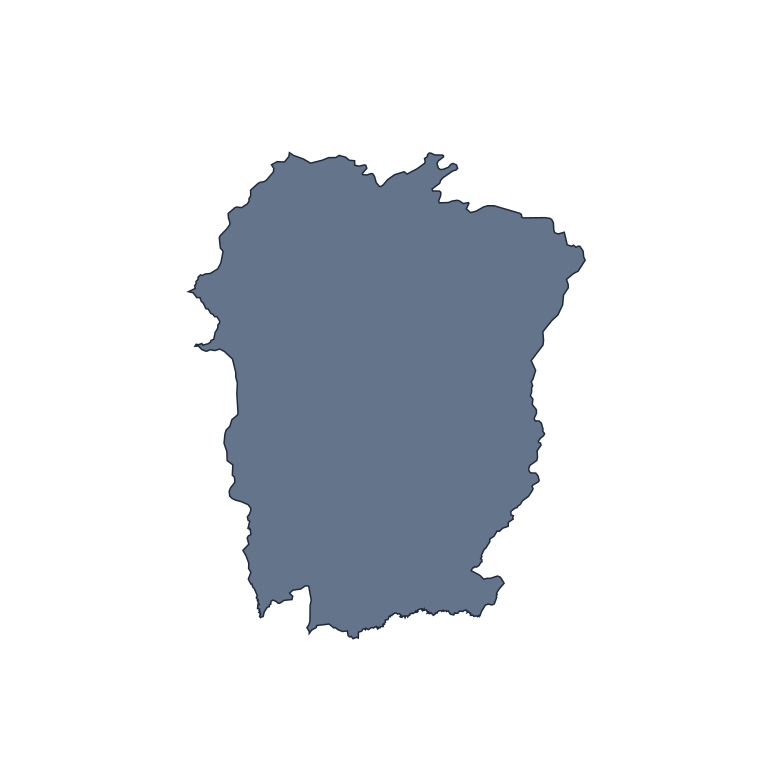 Tha Takiap, Chachoengsao, Thailand, rotated 233°
{"feature_id": "78962969B88145432659836", "entity_name": "Tha Takiap", "entity_type": "district", "adm_level": 2, "iso_a3": "THA", "parent_name": "Thailand", "parent_adm1": "Chachoengsao", "projection": "natural_earth1", "projection_center": [101.63, 13.389], "detail": "fine", "context": "isolated", "style": "filled", "palette": "slate", "viewbox_px": 768, "rotation_deg": 233, "n_neighbors": 0, "source": "geoboundaries", "source_scale": "gbopen_adm2", "svg_char_len": 6171}
<svg xmlns="http://www.w3.org/2000/svg" viewBox="0 0 768 768"><g transform="rotate(233 384 384)"><path d="M361.8,619.2L365.0,619.8L370.4,623.0L376.1,623.3L377.3,621.9L377.7,619.5L380.7,619.0L381.2,616.6L384.9,614.1L396.7,619.3L399.0,613.4L402.1,611.4L404.5,612.1L410.8,616.3L414.3,616.9L416.3,616.3L420.1,612.5L432.8,595.2L434.6,594.5L436.7,595.8L438.4,595.3L460.0,579.3L464.0,574.0L465.5,570.0L466.6,561.6L468.8,556.3L474.3,555.1L477.1,560.5L478.0,560.6L480.5,555.9L484.9,554.4L486.7,553.0L489.2,548.3L490.1,544.8L495.3,537.3L497.2,537.7L500.3,542.6L502.8,544.7L504.7,544.4L508.8,539.1L510.8,539.7L510.8,549.3L512.5,551.7L513.2,555.2L512.8,566.9L511.5,570.5L511.9,572.6L515.3,573.7L518.6,571.9L519.2,569.8L518.3,565.9L519.9,560.3L521.4,558.1L523.4,557.4L528.1,558.8L529.5,561.7L529.5,568.1L530.4,568.9L531.5,568.6L536.5,562.3L540.2,560.4L541.3,559.0L540.9,556.7L539.5,555.5L539.7,552.0L536.8,550.8L535.8,549.2L536.0,539.7L537.8,528.8L541.4,527.8L544.8,518.3L545.0,509.9L543.5,503.1L543.6,500.4L544.8,499.2L549.6,499.0L555.4,501.3L558.7,501.5L559.8,500.4L561.4,495.8L564.2,493.0L565.2,493.5L566.6,500.1L569.6,501.1L570.8,500.2L572.9,495.3L576.3,492.3L580.0,494.9L583.6,490.9L588.1,489.9L593.6,485.7L593.8,481.9L598.1,476.0L600.0,469.0L604.6,458.2L612.3,455.0L621.0,449.3L625.7,447.7L622.9,444.9L621.2,438.1L625.9,432.4L626.8,426.0L622.6,425.8L619.9,423.2L617.5,412.5L617.9,409.7L619.6,406.5L620.0,404.1L619.1,394.1L614.4,390.7L613.3,387.7L611.3,386.3L610.1,383.3L610.5,376.5L614.0,372.8L614.5,371.2L614.0,362.2L610.3,359.7L605.4,358.0L603.9,356.3L602.4,351.3L601.1,342.6L600.0,340.5L591.0,335.1L587.4,335.4L586.2,334.7L578.9,326.6L576.0,320.6L576.8,311.9L579.5,307.3L580.0,304.3L581.6,303.1L581.1,299.7L579.4,298.4L579.1,295.7L577.2,294.3L576.4,291.8L573.9,290.8L575.4,283.4L571.7,286.5L565.7,286.5L563.7,289.0L559.9,287.8L557.0,288.3L551.5,287.1L549.5,288.7L544.8,288.1L542.6,289.3L539.6,289.3L538.3,291.1L533.3,290.6L531.6,289.4L531.3,287.1L528.8,285.0L526.6,279.9L522.2,275.0L522.9,272.0L521.9,270.6L522.0,267.8L524.1,262.7L526.0,262.9L526.9,259.8L528.8,257.8L527.9,255.7L526.1,258.6L521.2,259.2L517.9,261.1L516.7,262.5L516.1,265.6L512.4,269.2L510.7,273.9L506.1,276.1L495.1,278.0L482.3,272.5L478.4,269.6L473.2,267.6L464.8,260.6L448.3,249.7L447.4,248.0L447.1,241.1L442.9,235.3L442.3,230.3L439.9,227.0L433.0,220.6L424.5,217.8L417.2,212.6L410.4,214.6L402.5,208.0L399.6,208.5L395.2,205.6L393.4,198.9L391.5,195.8L387.3,193.3L384.0,193.8L380.8,195.4L376.1,199.1L369.4,202.9L365.0,202.8L363.3,201.7L361.1,198.3L360.1,194.9L357.1,193.5L355.1,194.1L350.7,188.6L350.2,189.5L349.0,188.9L348.6,189.8L343.8,187.0L344.3,184.3L343.4,182.1L337.4,179.6L336.1,171.2L329.8,170.4L322.3,168.2L318.1,164.8L313.8,164.4L309.8,158.2L304.3,157.3L303.8,158.2L301.2,157.0L298.8,157.3L291.4,155.5L290.0,153.3L287.2,153.6L287.5,152.7L283.2,151.6L284.0,150.8L281.0,148.1L281.3,147.5L279.3,149.0L278.5,148.0L277.4,148.3L277.0,146.6L275.4,147.5L275.0,146.4L274.1,146.6L273.4,144.8L271.8,144.7L271.1,147.6L274.0,151.1L276.0,156.5L275.2,158.4L276.6,159.4L276.4,161.2L278.4,162.8L278.4,164.1L278.3,165.3L275.0,167.1L272.8,167.4L271.7,168.6L271.3,174.1L267.2,180.8L269.5,183.4L273.8,182.7L274.2,187.1L270.4,194.1L270.1,199.7L268.4,201.9L267.4,202.0L255.0,195.7L251.7,191.8L239.0,182.0L236.8,178.9L235.8,175.8L231.5,175.4L229.8,174.2L231.0,178.1L230.3,183.3L231.6,185.0L225.3,195.7L219.4,197.1L218.9,198.5L215.4,199.4L211.3,201.9L208.9,206.1L204.8,204.0L202.8,204.2L202.1,205.9L199.2,206.0L198.2,209.7L196.6,210.6L201.2,214.3L200.0,217.3L200.9,219.6L200.5,220.8L198.9,221.3L199.9,222.5L197.2,223.7L197.1,226.7L196.6,228.0L195.4,228.7L195.5,230.8L194.8,231.2L194.8,232.1L192.2,231.4L192.2,232.9L193.0,232.4L192.9,233.2L191.7,234.2L192.2,235.2L190.8,237.5L191.8,237.9L191.9,239.3L192.7,238.8L192.7,241.6L194.7,242.9L193.5,245.3L195.4,248.3L194.4,249.1L195.2,249.8L194.4,251.0L195.0,252.0L194.5,252.6L194.8,254.4L193.5,256.1L192.2,256.3L191.2,258.1L188.5,258.5L188.8,256.9L187.9,256.9L186.8,258.0L187.6,258.7L186.4,260.6L184.7,260.2L185.7,261.9L184.4,263.2L183.8,262.9L184.3,264.7L183.8,265.2L184.9,266.6L184.3,267.1L184.3,268.5L182.7,269.1L183.2,269.1L183.3,270.4L182.3,272.4L183.2,272.0L183.6,272.8L182.9,273.8L182.0,273.4L182.0,274.4L183.2,275.3L182.2,278.5L180.9,279.5L180.7,278.2L179.7,278.2L179.2,280.2L179.7,280.7L178.8,280.5L178.0,281.9L175.9,281.4L175.6,282.1L174.9,280.6L174.2,282.4L173.5,281.9L172.9,282.5L173.1,283.8L169.5,284.2L169.6,286.9L170.2,287.3L169.1,288.6L169.9,289.6L169.6,291.8L168.7,293.2L167.6,293.3L167.7,295.2L166.6,294.9L165.6,297.3L164.6,297.1L164.1,298.7L160.2,298.5L157.6,300.7L158.7,302.8L157.8,303.1L156.5,305.1L157.2,307.7L154.8,310.2L155.2,310.7L154.2,313.6L153.5,313.1L152.1,314.1L151.4,312.9L151.1,314.5L149.3,314.5L148.7,315.2L147.6,313.9L147.0,314.0L146.0,315.9L144.5,315.8L143.2,318.2L141.8,318.7L142.0,320.0L141.3,320.1L141.9,320.6L141.2,321.2L143.7,325.0L146.4,332.0L145.5,334.8L142.5,337.3L142.0,339.8L145.7,345.5L147.4,346.4L147.8,347.8L149.3,347.9L151.1,353.0L152.6,360.0L158.3,360.6L160.1,360.5L162.4,359.0L164.8,351.9L166.8,349.4L168.1,346.2L173.6,345.4L182.4,341.3L183.8,344.0L183.2,345.2L183.6,346.3L182.0,347.8L181.9,350.6L183.3,354.2L183.1,355.3L185.0,356.5L186.5,356.1L187.2,358.3L188.6,358.7L191.6,364.4L191.6,366.4L194.4,373.6L196.5,375.2L196.2,380.3L198.5,385.7L196.9,387.5L197.4,392.1L195.6,397.5L198.7,400.1L198.4,405.9L200.0,406.5L200.9,408.1L203.1,406.6L205.9,408.7L206.0,413.6L205.2,416.1L205.9,417.3L205.8,420.3L207.4,424.3L207.3,431.8L209.9,438.9L210.9,440.2L212.9,440.5L213.7,441.5L213.0,448.3L213.5,449.8L217.7,451.6L221.5,451.6L224.7,447.7L226.6,447.4L229.1,448.3L231.2,451.4L231.0,460.1L233.1,462.5L238.6,466.2L240.6,472.6L242.6,473.4L244.2,472.4L245.5,472.9L246.6,476.7L246.6,480.2L247.7,482.4L250.7,482.4L252.4,483.9L258.1,486.1L261.1,485.6L263.5,482.6L265.4,482.9L266.4,483.6L268.8,488.1L271.8,490.2L278.4,490.1L282.3,493.8L286.4,493.8L288.8,497.1L292.1,499.6L293.0,501.6L297.3,503.1L298.2,505.8L303.6,513.3L314.1,515.6L319.4,534.4L322.7,537.6L330.1,542.3L333.7,556.2L334.5,564.4L339.6,574.2L347.0,580.9L349.9,589.1L352.7,591.0L357.7,592.7L358.2,601.5L357.3,607.0L361.8,619.2Z" fill="#64748b" stroke="#1e293b" stroke-width="1.5"/></g></svg>